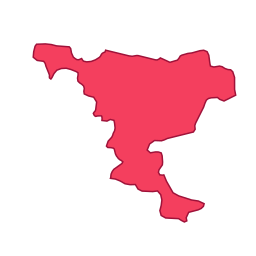 an SVG outline of Jigawa, rotated 7°
{"feature_id": "NGA-2868", "entity_name": "Jigawa", "entity_type": "State", "adm_level": 1, "iso_a3": "NGA", "parent_name": "Nigeria", "parent_adm1": "", "projection": "mercator", "projection_center": [9.387, 11.959], "detail": "fine", "context": "isolated", "style": "filled", "palette": "rose", "viewbox_px": 256, "rotation_deg": 7, "n_neighbors": 0, "source": "natural_earth", "source_scale": "10m", "svg_char_len": 2309}
<svg xmlns="http://www.w3.org/2000/svg" viewBox="0 0 256 256"><g transform="rotate(7 128 128)"><path d="M96.3,53.5L120.3,56.3L123.4,56.3L127.8,55.0L129.3,54.9L146.8,57.0L148.6,56.9L149.1,56.6L150.0,56.0L151.0,55.2L151.5,54.5L153.8,55.2L161.6,57.7L168.8,54.6L170.1,52.5L171.1,50.2L172.6,49.1L178.3,46.7L182.3,45.7L190.0,42.5L193.7,41.6L197.2,42.6L199.3,45.9L201.5,54.3L202.3,56.5L205.8,57.0L211.3,55.4L214.0,55.7L216.9,57.1L220.0,57.8L222.8,57.7L225.1,59.4L227.6,64.8L229.1,76.8L230.9,82.3L220.0,89.5L215.6,88.4L213.1,86.8L206.9,87.9L204.3,88.9L202.4,90.7L201.3,94.3L200.5,98.1L194.5,114.9L194.0,117.6L194.8,121.1L193.4,124.0L168.3,133.6L165.6,135.3L162.8,136.6L155.8,137.2L151.4,141.2L149.7,147.5L153.2,149.9L158.2,148.4L161.2,148.1L164.0,148.7L165.3,151.5L166.5,157.6L166.6,160.4L163.9,165.6L163.6,168.3L165.2,170.6L167.9,170.6L169.3,170.2L172.7,176.2L180.6,186.8L186.6,189.2L199.8,191.7L206.8,191.9L212.8,193.9L212.4,196.6L210.4,199.0L207.6,200.7L198.5,204.3L196.7,210.0L197.7,213.0L195.4,214.4L192.2,213.2L189.3,211.8L176.3,212.7L171.6,210.8L169.7,206.1L170.4,200.7L170.4,195.3L168.6,190.2L165.0,186.9L160.2,188.1L149.6,188.9L145.4,187.4L142.2,183.2L137.0,184.0L131.8,183.7L126.6,181.5L121.7,180.2L116.7,180.1L116.9,179.0L116.8,176.7L116.9,175.6L117.7,173.0L119.0,170.7L126.3,164.0L127.0,162.2L125.2,161.0L124.1,160.7L122.2,159.5L119.9,157.1L118.7,155.2L116.9,150.5L116.0,149.8L113.7,149.6L110.2,149.8L108.8,148.6L109.9,143.5L113.0,139.1L113.7,137.1L114.0,135.1L115.0,132.5L115.2,129.6L114.0,124.6L113.1,122.1L109.3,121.7L106.3,123.7L101.2,123.7L101.1,121.5L100.5,119.5L99.9,119.2L96.5,119.7L94.5,120.4L93.7,120.1L92.9,119.5L91.8,117.7L92.5,116.3L93.3,115.2L93.7,113.7L93.7,106.0L90.2,101.6L85.0,101.0L80.4,99.5L79.7,96.9L79.8,94.0L78.8,91.7L76.8,90.2L74.5,89.1L72.6,87.6L71.8,84.6L72.0,81.4L71.6,79.2L69.6,78.3L64.3,76.9L59.4,76.2L54.5,77.1L50.3,79.3L47.9,83.0L46.4,87.2L45.5,88.8L44.0,87.9L43.7,86.8L43.7,85.5L43.1,84.0L39.0,76.6L38.0,74.1L36.2,72.1L29.6,72.0L25.3,69.3L25.1,63.8L25.8,58.2L27.0,56.0L35.8,54.6L41.7,54.5L47.1,55.2L59.8,54.6L61.4,56.1L62.8,60.5L65.1,64.3L67.0,65.5L69.0,66.4L70.9,66.2L73.5,64.7L74.5,66.0L75.7,67.1L79.0,67.4L83.4,66.4L87.4,64.3L91.1,61.3L92.0,59.9L92.6,58.2L93.3,57.1L94.4,56.2L95.8,55.5L96.2,54.2L96.3,53.5Z" fill="#f43f5e" stroke="#9f1239" stroke-width="1.5"/></g></svg>